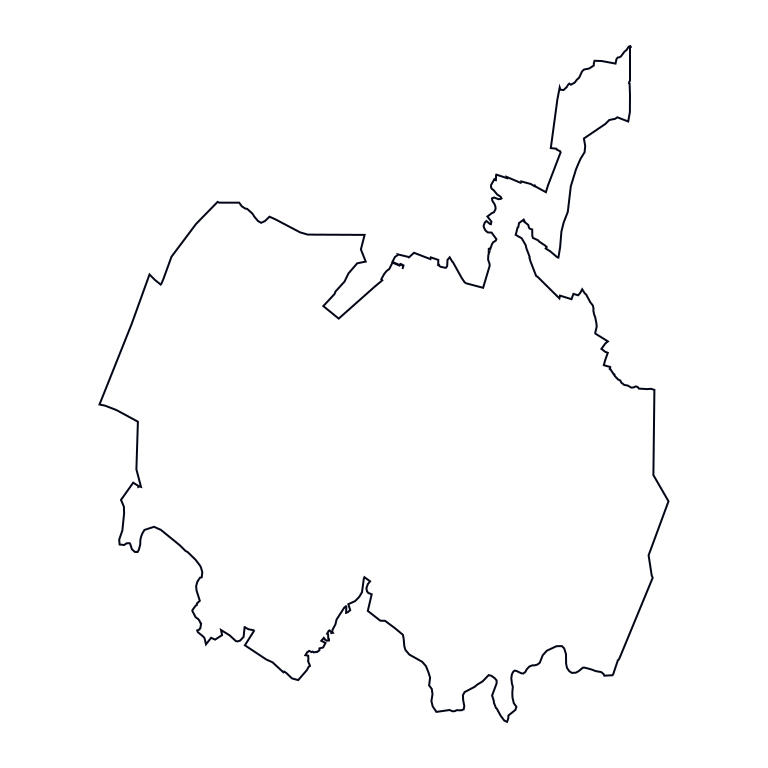 Jojutla, Morelos, Mexico (Robinson projection)
{"feature_id": "50627088B48455449727603", "entity_name": "Jojutla", "entity_type": "district", "adm_level": 2, "iso_a3": "MEX", "parent_name": "Mexico", "parent_adm1": "Morelos", "projection": "robinson", "projection_center": [-99.217, 18.6], "detail": "fine", "context": "isolated", "style": "outline", "palette": "ink", "viewbox_px": 768, "rotation_deg": 0, "n_neighbors": 0, "source": "geoboundaries", "source_scale": "gbopen_adm2", "svg_char_len": 6091}
<svg xmlns="http://www.w3.org/2000/svg" viewBox="0 0 768 768"><path d="M628.2,121.5L629.9,112.0L630.0,95.0L629.6,83.6L629.0,83.2L629.3,81.7L630.0,80.8L630.0,47.6L630.8,47.0L630.3,46.1L628.8,46.6L626.4,50.1L624.5,51.6L621.0,56.3L619.7,57.2L617.6,57.6L616.5,59.1L615.5,63.6L601.6,61.0L594.5,60.8L593.8,63.6L593.8,65.5L589.2,68.5L584.2,69.5L583.2,70.2L581.9,71.7L579.2,77.6L576.7,79.9L574.8,82.5L570.9,84.7L569.3,83.6L567.8,85.1L566.8,87.0L563.6,90.0L560.5,89.8L559.7,87.4L557.4,99.3L550.8,148.1L556.4,148.7L556.6,149.5L560.2,151.3L560.6,152.4L547.9,185.6L545.9,192.2L535.5,186.5L534.9,185.6L534.5,186.2L530.8,184.0L521.5,181.5L521.6,181.9L520.6,182.8L506.6,176.9L506.9,178.1L496.3,174.6L496.1,174.9L495.9,180.2L494.9,180.0L494.3,179.3L491.1,185.0L491.0,187.2L492.0,189.1L493.5,190.0L497.2,194.5L500.6,196.7L501.5,198.4L500.8,198.9L498.5,199.2L494.0,197.5L492.0,198.4L492.3,200.6L494.6,204.3L495.4,206.5L495.6,208.9L494.0,212.2L491.9,213.1L487.4,216.5L491.4,221.6L490.9,224.2L490.0,224.0L486.4,221.0L484.8,222.6L483.7,225.5L483.7,226.9L485.3,230.3L487.7,232.4L491.6,232.6L496.4,239.2L495.7,240.7L493.1,242.3L491.9,244.4L490.4,248.6L490.2,248.2L488.8,248.8L488.7,252.2L489.3,252.1L488.3,255.3L488.1,259.6L489.5,263.7L489.7,265.7L483.1,287.8L466.5,283.4L464.7,282.4L461.7,278.0L452.9,262.1L452.3,261.7L449.7,257.3L447.5,259.9L447.2,265.8L446.2,267.6L445.5,267.8L440.6,266.8L438.2,265.0L438.8,264.5L438.2,263.8L438.3,259.9L430.8,257.4L430.4,259.1L414.0,252.8L408.9,257.4L408.3,256.9L397.9,254.4L398.1,254.8L395.0,256.9L392.4,261.9L399.3,264.9L400.6,263.9L403.5,265.4L402.5,269.0L403.3,266.0L400.8,264.5L399.5,265.6L392.5,262.6L389.3,269.0L386.7,270.9L384.3,273.8L381.3,279.2L382.3,280.3L374.9,286.5L338.7,318.6L323.3,306.1L334.4,294.2L335.6,291.4L344.5,281.6L348.5,273.4L357.2,263.3L365.7,261.6L360.9,249.4L364.6,234.9L307.8,234.6L300.2,232.4L275.3,219.3L269.5,216.7L264.9,221.1L261.1,222.8L258.1,221.1L254.6,217.0L252.4,213.6L247.2,208.9L245.1,208.5L241.8,206.3L239.2,202.7L219.3,202.7L217.6,201.9L196.1,223.9L171.5,256.7L163.4,279.0L161.5,283.5L160.7,284.6L154.9,279.9L149.5,274.5L131.6,324.1L99.5,404.5L104.9,405.6L116.5,410.1L137.9,421.7L136.4,469.4L141.0,486.9L139.2,486.4L138.3,486.9L138.2,485.8L133.2,482.7L121.0,499.9L123.9,506.7L124.1,513.3L122.4,530.3L119.2,539.6L119.6,544.5L124.2,545.0L126.6,543.3L129.6,543.2L130.1,543.7L131.9,549.2L134.8,551.9L137.6,552.0L138.9,549.6L140.3,544.1L140.3,540.4L141.0,537.1L142.3,533.5L144.5,529.9L154.0,526.8L160.9,529.9L179.7,545.2L185.5,550.9L187.8,552.2L195.6,559.8L200.2,565.9L201.0,567.6L202.3,572.2L201.7,577.3L200.0,577.7L197.4,581.6L196.1,586.3L196.6,590.7L199.8,600.8L196.9,603.5L196.8,605.1L195.6,605.7L192.7,609.7L192.3,610.8L195.6,617.2L198.1,619.0L199.2,620.3L200.6,623.2L201.1,623.4L200.4,628.1L199.8,628.5L199.5,629.5L197.2,630.4L197.9,632.2L203.3,636.6L204.5,638.1L206.0,644.3L211.1,637.8L215.1,639.6L222.1,635.1L221.0,630.0L229.7,635.4L235.9,641.1L237.6,641.4L240.1,640.6L243.6,636.9L244.7,626.3L244.9,627.4L248.7,629.3L253.5,630.2L254.0,630.9L244.9,645.3L266.3,659.5L272.5,662.3L283.4,672.3L284.1,671.6L286.1,672.8L292.0,678.4L298.2,680.1L306.8,670.2L308.6,666.9L310.0,665.9L308.0,660.9L308.4,660.0L308.2,655.7L305.4,655.2L307.1,652.4L309.1,650.9L311.6,652.1L312.8,651.6L313.8,652.4L316.5,651.8L316.9,652.1L319.4,650.3L319.4,648.4L323.1,647.5L325.5,643.0L321.3,640.8L323.6,638.1L323.8,638.6L324.4,638.4L324.9,639.6L326.8,640.7L329.0,640.5L329.0,639.1L328.3,638.7L328.1,634.6L327.9,633.9L327.1,633.7L328.6,631.0L329.5,630.4L331.2,632.2L331.4,633.1L332.9,632.8L332.2,632.0L332.5,629.9L335.4,624.4L336.6,619.5L344.2,607.7L345.9,606.3L346.3,606.9L346.1,612.8L347.8,612.2L350.2,610.1L348.3,604.2L355.1,601.1L359.3,596.8L362.0,592.2L363.8,578.8L364.4,577.2L370.1,581.3L367.9,584.0L366.4,588.2L367.0,591.2L368.2,592.9L371.7,594.3L367.8,610.9L380.3,620.7L385.0,620.8L394.7,628.0L402.9,634.8L403.7,638.9L404.3,646.2L405.5,650.1L409.4,654.6L422.2,661.8L426.0,666.2L428.5,672.5L430.1,677.7L429.1,685.4L431.8,689.0L432.5,694.3L431.4,701.1L432.7,706.4L436.4,711.9L449.6,710.0L452.6,711.3L455.0,711.1L456.6,710.2L461.4,710.3L463.7,709.3L464.3,706.0L463.2,700.4L462.9,695.2L464.6,692.1L474.7,686.8L477.0,684.8L482.7,681.3L488.7,675.1L491.4,675.8L494.6,678.1L496.6,680.4L496.6,683.4L492.1,695.5L493.8,701.0L493.9,702.6L495.9,707.9L496.8,708.6L500.5,715.5L504.2,720.5L507.0,721.9L508.2,718.7L508.5,715.4L515.4,709.9L516.4,706.8L513.8,703.2L512.5,697.6L512.3,692.9L512.8,686.5L511.9,683.5L511.3,678.2L511.9,674.3L513.4,671.5L514.7,670.6L516.6,671.0L521.3,673.3L523.3,673.5L525.3,672.0L526.8,669.2L529.4,666.5L532.5,665.3L534.3,665.4L537.4,664.6L539.8,662.7L542.7,655.3L546.8,650.7L556.5,646.2L561.9,646.1L564.2,648.4L566.0,654.2L566.1,663.7L567.0,667.9L569.3,671.2L571.9,672.9L575.8,672.7L578.6,671.2L582.8,667.7L584.9,667.7L591.6,669.5L595.7,671.1L601.3,672.1L603.8,674.3L604.3,675.7L613.2,675.2L612.9,675.1L617.9,660.2L618.9,659.4L619.8,657.5L652.7,577.8L651.7,575.4L648.6,555.3L668.5,501.3L653.4,475.1L654.4,389.9L651.1,388.8L647.1,389.1L638.9,388.6L637.7,387.0L635.7,386.4L633.7,387.4L631.2,387.6L627.9,385.6L624.2,384.9L621.2,382.5L620.3,380.5L618.1,379.5L614.9,376.1L614.4,374.5L613.9,374.6L611.0,370.1L609.7,368.9L610.3,368.0L610.2,367.0L603.8,365.2L605.1,360.4L607.8,352.8L605.2,351.8L601.4,348.9L605.4,343.4L607.9,341.4L595.5,333.7L595.2,333.0L596.7,326.6L596.4,323.2L595.1,316.8L594.2,314.8L593.4,310.9L593.5,308.6L592.9,305.6L590.2,302.1L586.2,294.6L584.7,293.3L582.2,289.3L580.4,292.6L578.2,295.3L573.4,293.9L571.5,299.2L560.0,295.6L559.4,298.4L537.7,276.9L536.1,275.9L530.5,261.4L529.4,257.6L529.7,257.0L526.5,248.6L525.6,245.0L521.7,238.3L515.7,234.9L517.6,227.5L518.3,227.1L519.0,223.1L523.7,219.6L524.6,221.3L524.2,221.7L528.2,224.9L529.0,227.7L529.6,228.6L532.2,229.5L532.3,235.7L532.9,237.9L537.9,240.2L539.2,241.6L544.9,245.4L546.7,247.0L545.7,248.5L550.2,251.3L557.4,257.4L558.4,257.6L560.1,247.4L561.4,231.6L563.7,222.4L567.8,211.9L570.8,186.3L575.9,169.7L577.8,165.0L580.7,158.5L584.6,152.2L585.2,146.0L583.9,138.5L605.4,123.9L609.3,120.0L615.2,118.8L617.3,117.3L628.2,121.5Z" fill="none" stroke="#020617" stroke-width="2"/></svg>